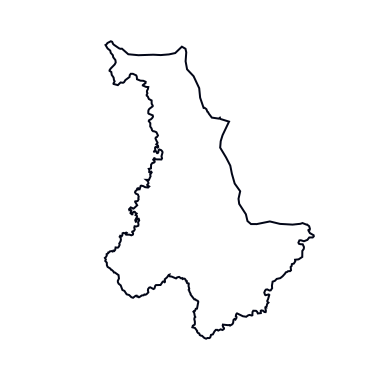 Kenieba, Kayes, Mali (Albers equal-area conic projection), rotated 19°
{"feature_id": "8926073B58532098111230", "entity_name": "Kenieba", "entity_type": "district", "adm_level": 2, "iso_a3": "MLI", "parent_name": "Mali", "parent_adm1": "Kayes", "projection": "albers", "projection_center": [-11.114, 12.792], "detail": "fine", "context": "isolated", "style": "outline", "palette": "ink", "viewbox_px": 384, "rotation_deg": 19, "n_neighbors": 0, "source": "geoboundaries", "source_scale": "gbopen_adm2", "svg_char_len": 6090}
<svg xmlns="http://www.w3.org/2000/svg" viewBox="0 0 384 384"><g transform="rotate(19 192 192)"><path d="M135.1,57.9L130.9,66.1L125.4,69.4L117.9,72.7L110.7,74.8L96.8,80.1L86.9,82.5L79.1,79.3L77.7,79.9L76.3,79.9L70.2,78.2L69.3,77.8L67.6,76.0L66.2,75.9L63.6,78.6L62.9,80.7L62.4,81.2L65.5,83.8L68.6,84.9L69.9,86.9L72.6,88.4L73.7,90.3L76.5,92.1L77.0,92.9L77.7,94.4L77.4,96.5L74.9,101.8L74.4,103.7L74.6,104.3L76.6,104.8L78.0,107.4L80.6,109.3L81.8,111.6L82.8,112.5L82.4,114.9L82.7,115.4L87.1,115.1L88.8,111.7L91.2,111.2L92.0,110.3L92.6,107.8L95.5,103.6L95.1,101.8L95.6,100.2L97.6,99.5L101.3,99.9L102.2,100.9L103.3,103.3L107.0,103.5L109.8,102.7L112.3,102.9L112.6,104.1L110.7,106.9L110.8,107.3L114.3,107.6L116.5,107.0L116.8,108.9L116.5,111.0L116.8,112.1L117.7,113.1L117.5,114.9L117.8,115.6L119.1,116.1L120.9,118.1L124.0,118.6L125.1,121.6L126.8,123.2L126.9,123.8L124.6,127.3L124.3,128.3L124.3,129.5L125.0,131.7L125.6,132.1L129.9,132.3L130.6,133.5L130.3,135.0L129.5,136.6L128.1,138.0L128.0,139.0L130.2,140.5L131.2,143.7L133.1,145.1L134.1,146.6L135.4,147.2L136.8,146.9L138.9,147.1L141.4,149.6L141.0,151.3L140.0,152.3L140.1,153.4L142.5,155.9L143.3,156.4L143.4,157.0L142.7,158.5L144.7,159.2L145.4,160.5L145.1,161.2L143.3,161.0L142.8,161.5L142.7,162.3L143.6,164.2L142.9,166.0L143.1,166.2L143.8,165.4L144.7,165.2L146.3,166.6L146.9,166.4L147.2,165.5L146.8,163.2L147.4,162.4L149.3,162.5L150.8,163.4L151.3,164.3L151.5,168.1L152.7,169.9L152.5,171.2L146.2,173.2L145.8,172.3L145.3,172.3L144.8,174.1L146.7,175.2L146.9,175.7L146.3,176.8L145.1,177.4L144.4,179.4L145.5,183.0L143.6,184.2L144.6,185.2L145.0,187.1L145.6,187.3L146.9,186.1L147.5,186.6L146.8,189.2L147.7,190.6L147.3,194.6L144.8,195.4L146.4,196.0L147.5,197.0L148.0,198.1L147.3,199.8L147.7,200.3L149.7,200.7L149.0,202.1L146.0,202.7L144.0,202.3L141.9,202.5L141.5,202.9L141.6,206.5L140.5,207.0L139.7,206.0L139.1,206.6L139.1,208.2L138.2,209.8L138.2,210.8L139.3,211.8L141.7,212.0L143.2,213.9L143.2,215.3L143.9,216.1L143.6,218.0L143.2,218.5L141.4,219.3L141.4,219.8L144.5,222.4L142.3,226.5L142.0,226.8L139.1,226.5L138.1,228.8L138.7,229.6L139.7,228.9L140.6,229.1L140.7,232.0L142.5,232.7L142.9,232.5L142.6,230.8L143.6,229.5L144.4,229.4L145.1,230.1L146.7,230.4L146.2,232.2L147.5,232.4L148.1,233.3L147.5,237.1L148.5,238.4L148.8,238.2L148.5,236.6L148.6,236.0L149.1,235.9L149.6,234.8L150.3,234.6L151.3,236.0L150.9,238.2L152.0,240.2L152.2,241.4L150.7,242.7L148.9,243.1L149.0,244.5L150.1,246.1L149.8,247.6L148.4,248.9L148.5,249.4L149.7,250.1L150.0,251.3L149.8,251.8L148.7,252.7L146.7,252.7L143.6,253.8L143.0,253.4L143.6,251.9L143.0,251.8L141.9,252.9L140.5,253.0L139.8,253.6L140.2,255.7L139.9,256.9L139.3,257.3L138.8,256.7L138.4,256.7L138.2,257.9L139.3,258.4L140.3,260.2L140.5,261.8L140.0,264.5L140.8,265.5L140.6,267.6L140.0,268.8L137.8,269.3L138.2,271.7L137.7,273.1L136.7,273.0L136.4,274.1L135.3,274.0L133.6,275.0L133.1,276.2L132.5,276.5L132.6,277.3L131.5,278.6L132.1,279.8L131.8,281.5L131.1,282.7L132.5,283.8L132.4,285.4L134.4,286.5L135.4,289.0L136.6,290.3L139.7,291.0L140.6,291.8L141.2,291.7L143.6,292.7L144.3,293.5L145.2,293.2L149.6,294.5L151.1,297.6L150.8,300.2L151.3,301.4L152.5,302.6L155.0,303.5L158.1,307.3L160.3,307.5L163.5,310.0L166.2,309.9L168.9,311.2L170.7,311.2L172.5,308.5L173.5,308.0L174.3,308.8L175.0,308.4L175.7,308.9L176.3,308.7L178.3,306.1L179.9,305.4L180.3,304.4L181.6,304.2L182.4,303.2L183.4,301.1L182.3,299.3L182.1,297.9L182.7,296.3L183.6,295.7L187.1,296.3L187.9,295.5L187.8,292.5L188.3,291.7L192.5,290.2L193.5,286.3L194.2,285.8L195.5,286.2L195.7,285.7L194.7,283.4L196.2,280.8L197.0,278.0L197.6,277.5L197.7,278.6L198.5,279.0L200.3,278.6L204.7,278.9L205.3,278.7L205.7,277.6L207.4,276.5L209.9,277.2L210.7,276.6L211.6,277.3L212.4,276.5L213.4,276.4L214.5,277.0L215.0,277.9L216.2,278.0L216.4,279.1L216.9,279.6L217.3,279.8L218.5,279.5L218.9,279.9L219.3,282.0L220.8,284.2L220.7,285.5L221.2,285.6L221.8,286.8L223.9,288.8L224.0,289.4L229.2,292.8L230.1,292.4L231.3,293.0L232.8,293.0L233.7,293.8L234.7,300.6L233.6,301.2L233.5,303.4L232.7,303.8L232.3,304.7L233.4,305.5L235.0,308.4L235.8,309.1L235.4,309.9L235.5,311.4L236.9,313.6L237.7,315.9L237.7,316.5L236.3,318.2L236.4,319.8L239.0,319.6L242.1,321.7L242.2,322.4L243.5,323.3L244.9,323.4L245.9,324.7L247.2,324.9L248.3,324.7L251.2,326.0L253.1,326.1L254.2,325.0L255.9,324.5L256.6,323.6L256.5,320.9L258.1,319.8L258.6,316.6L259.4,314.6L260.8,314.1L261.9,314.5L263.9,312.5L265.6,312.6L266.3,311.9L266.8,310.9L266.6,310.3L265.4,309.5L264.5,308.3L264.4,307.3L269.4,306.2L270.9,305.5L271.5,305.9L273.2,303.9L273.5,302.3L272.9,299.5L273.5,298.2L274.6,298.5L275.0,296.7L274.8,295.7L273.9,295.3L273.8,294.8L273.6,293.2L274.1,292.1L280.6,292.9L283.9,292.3L285.3,290.3L286.4,289.5L288.8,289.3L289.2,288.9L288.3,285.8L288.6,284.3L291.3,283.5L292.5,284.0L293.8,285.4L296.5,284.1L295.7,281.9L296.1,281.4L297.7,281.1L299.6,281.9L300.7,281.6L300.6,280.4L299.0,277.6L299.0,277.3L299.5,277.1L299.1,276.8L299.8,275.8L299.5,273.5L300.3,271.7L299.0,271.2L298.6,270.5L298.8,268.6L298.6,264.2L297.9,263.9L295.2,265.6L294.5,265.4L293.1,263.6L293.2,261.4L293.7,260.2L294.9,259.6L297.3,259.9L298.4,259.4L299.1,256.9L298.1,254.6L297.4,250.5L299.2,249.1L300.4,246.6L303.5,244.7L305.1,242.2L306.6,238.7L306.8,237.5L307.9,236.7L308.6,235.6L310.5,234.9L311.1,233.8L309.7,230.8L310.3,229.5L309.9,227.7L311.6,226.5L312.2,223.9L311.5,222.5L314.7,221.0L317.4,217.5L315.5,211.8L316.2,209.4L315.8,207.6L313.7,205.4L311.4,206.1L309.9,206.1L309.1,205.2L309.3,202.8L310.6,202.2L313.9,202.1L316.7,199.7L317.7,196.8L320.9,195.7L321.6,194.3L321.1,193.3L316.9,192.5L314.6,190.5L314.5,189.9L315.6,189.3L315.4,188.3L313.9,186.2L311.3,185.3L311.0,185.6L306.6,185.4L304.8,186.8L297.7,190.1L285.6,193.5L275.2,194.5L263.6,201.3L258.2,203.1L253.9,201.4L250.2,195.5L240.5,187.9L238.2,183.3L237.3,175.6L229.6,170.1L223.8,161.8L219.6,154.6L212.9,148.2L204.2,140.9L202.6,134.6L202.4,128.4L204.1,113.4L195.0,113.7L194.2,112.7L193.4,113.9L186.5,115.2L182.2,112.3L181.3,111.3L180.4,111.1L178.6,109.0L176.4,108.3L175.6,108.7L169.0,100.2L165.0,91.5L155.8,82.0L147.4,77.6L143.4,70.5L141.1,61.8L139.2,58.7L135.1,57.9Z" fill="none" stroke="#020617" stroke-width="2"/></g></svg>